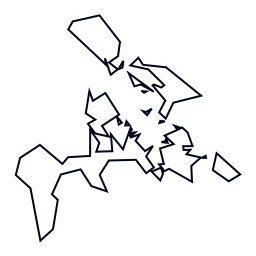 Bocas del Toro, Bocas del Toro, Panama (orthographic projection)
{"feature_id": "35544464B73365109430870", "entity_name": "Bocas del Toro", "entity_type": "district", "adm_level": 2, "iso_a3": "PAN", "parent_name": "Panama", "parent_adm1": "Bocas del Toro", "projection": "orthographic", "projection_center": [-82.201, 9.231], "detail": "medium", "context": "isolated", "style": "outline", "palette": "ink", "viewbox_px": 256, "rotation_deg": 0, "n_neighbors": 0, "source": "geoboundaries", "source_scale": "gbopen_adm2", "svg_char_len": 1877}
<svg xmlns="http://www.w3.org/2000/svg" viewBox="0 0 256 256"><path d="M90.2,130.0L90.1,155.9L68.1,157.2L62.4,163.9L39.9,144.9L20.1,157.9L15.8,175.0L30.5,188.3L40.4,240.6L53.0,229.1L57.8,199.9L52.0,194.4L60.9,174.5L80.6,169.4L91.4,186.1L106.9,191.4L99.7,174.9L108.9,160.5L135.9,159.8L146.2,173.2L153.9,167.4L146.1,156.4L153.0,145.9L145.0,151.1L135.6,140.8L139.5,134.4L130.7,137.4L128.8,133.0L131.9,129.5L130.7,127.5L123.0,149.3L110.9,134.3L112.3,151.2L96.3,151.7L99.3,142.7L90.2,130.0ZM99.5,15.4L72.8,21.4L68.2,29.4L105.6,64.4L105.0,58.2L110.7,74.8L117.7,69.3L109.0,62.5L118.0,56.2L120.0,41.9L99.5,15.4ZM177.1,130.0L164.6,135.6L173.7,144.1L160.0,148.5L163.8,164.0L159.0,164.4L163.2,169.3L162.7,171.9L169.1,168.8L192.0,181.8L191.3,165.9L200.9,157.5L186.4,154.3L190.3,149.8L183.6,150.0L183.2,146.2L192.5,146.1L187.6,132.4L182.1,127.5L177.1,130.0ZM143.0,64.8L138.4,57.8L130.4,65.4L148.3,69.4L164.3,85.2L161.3,87.5L154.0,84.5L152.6,85.4L165.3,100.5L159.2,112.4L165.7,118.6L173.4,102.7L201.2,95.7L166.0,67.3L143.0,64.8ZM92.9,100.8L89.4,91.1L85.8,113.3L95.3,119.6L87.9,123.7L95.3,133.5L108.9,136.6L102.0,125.9L119.1,114.6L105.3,93.0L92.9,100.8ZM240.2,174.4L216.6,153.2L212.8,170.1L228.8,181.3L240.2,174.4ZM128.7,73.2L134.4,86.3L140.9,84.5L153.8,91.7L128.7,73.2ZM160.9,167.7L151.7,171.6L160.3,180.4L163.0,173.7L160.9,167.7ZM118.4,69.2L122.5,67.6L123.4,60.8L118.4,69.2ZM121.9,122.7L117.1,117.0L118.8,124.5L121.9,122.7ZM179.9,127.6L174.5,125.7L176.9,128.9L179.9,127.6ZM167.7,142.8L166.2,138.7L165.2,141.3L161.5,142.2L167.7,142.8ZM205.6,155.8L201.6,157.9L206.1,157.8L205.6,155.8ZM151.7,108.7L146.2,112.0L143.0,111.2L147.1,115.2L151.7,108.7ZM135.4,132.3L130.8,132.8L130.8,136.4L135.4,132.3ZM126.5,121.3L125.3,125.5L129.7,125.3L126.5,121.3ZM164.9,121.4L160.2,120.8L159.4,123.0L164.9,121.4ZM146.4,91.5L141.3,90.9L144.1,92.7L146.4,91.5Z" fill="none" stroke="#020617" stroke-width="2"/></svg>